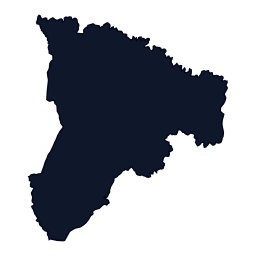 Perdizes, Minas Gerais, Brazil (Robinson projection)
{"feature_id": "56859067B83909655673095", "entity_name": "Perdizes", "entity_type": "district", "adm_level": 2, "iso_a3": "BRA", "parent_name": "Brazil", "parent_adm1": "Minas Gerais", "projection": "robinson", "projection_center": [-47.183, -19.429], "detail": "fine", "context": "isolated", "style": "filled", "palette": "ink", "viewbox_px": 256, "rotation_deg": 0, "n_neighbors": 0, "source": "geoboundaries", "source_scale": "gbopen_adm2", "svg_char_len": 5686}
<svg xmlns="http://www.w3.org/2000/svg" viewBox="0 0 256 256"><path d="M205.6,147.0L206.5,145.9L207.5,145.2L208.8,143.0L210.2,142.7L212.7,145.0L213.6,145.0L214.7,144.3L215.7,142.4L218.3,143.0L219.7,142.8L220.9,142.1L221.5,140.7L222.2,137.8L222.9,136.5L223.3,133.5L223.3,132.0L222.1,126.2L221.9,124.7L221.9,123.0L222.1,120.5L223.7,114.3L221.1,112.3L220.3,110.8L220.3,108.4L220.8,107.0L223.3,103.9L224.7,101.4L225.7,97.9L225.0,96.1L224.2,94.6L224.4,93.3L226.7,89.4L227.2,87.9L225.9,85.5L226.2,84.0L227.0,82.8L226.9,81.2L225.9,81.4L224.9,80.6L223.8,81.0L222.7,81.0L221.8,80.0L222.9,78.5L222.9,77.1L221.4,76.2L219.4,77.0L218.5,76.2L217.5,75.6L215.6,75.6L213.5,76.0L212.6,75.1L212.0,72.8L209.7,73.1L208.8,72.1L208.3,70.8L205.3,71.5L204.3,70.9L203.2,71.0L202.0,71.6L201.0,74.3L198.8,77.2L197.5,77.2L197.1,75.5L196.1,75.3L195.2,76.5L193.9,76.2L192.5,76.3L191.3,76.1L190.5,75.6L191.1,73.3L191.2,71.5L191.1,69.8L189.6,69.0L189.2,71.0L188.6,71.8L186.2,72.9L185.2,72.6L184.5,71.8L185.1,69.1L184.6,68.2L183.5,69.4L182.8,70.3L181.9,71.0L181.4,70.1L181.3,67.3L181.5,65.9L180.4,65.6L179.2,66.2L178.1,65.7L177.5,64.4L176.8,63.6L175.9,64.7L173.1,66.9L172.2,64.2L171.4,63.0L171.0,61.3L171.2,60.1L171.9,59.1L172.2,57.8L170.5,58.3L169.3,57.7L169.0,56.3L168.1,56.3L167.4,57.6L166.0,57.5L165.5,55.9L164.5,54.6L164.3,52.9L165.3,52.1L165.9,51.2L165.5,50.0L164.5,49.2L163.2,49.3L161.3,50.5L161.1,49.2L160.6,48.3L159.4,47.6L155.6,47.3L155.1,46.4L154.3,45.9L153.3,46.4L153.4,48.7L152.8,50.2L151.6,50.9L150.0,50.1L149.0,47.4L148.0,46.7L146.0,47.5L144.8,47.2L144.5,46.2L144.7,45.1L147.5,43.5L148.3,42.6L148.1,41.0L149.3,40.0L149.1,38.8L147.8,38.5L144.3,40.4L144.0,38.7L142.7,38.4L141.1,40.5L141.1,37.2L139.7,37.2L138.7,37.8L137.9,39.4L136.7,40.6L136.2,39.3L136.2,38.1L135.4,38.6L134.4,38.4L134.1,37.3L133.2,36.7L132.9,38.2L132.4,39.5L131.1,40.1L128.8,38.6L127.9,37.5L126.1,36.6L126.7,35.0L125.8,34.2L123.4,34.2L122.5,33.7L122.2,32.4L121.4,31.4L118.8,31.2L117.7,31.4L116.9,29.3L116.2,28.2L114.2,29.2L113.4,28.6L113.2,27.0L111.9,27.5L111.1,28.6L110.1,29.4L109.6,27.7L109.9,25.6L109.5,24.5L108.1,23.2L107.1,23.0L106.0,23.5L103.8,25.0L103.0,26.5L101.7,26.9L100.6,27.8L99.5,27.1L99.0,25.8L95.2,25.4L93.1,23.9L88.0,25.5L87.3,27.0L86.1,27.6L84.0,29.6L83.7,30.9L84.2,32.6L83.2,33.7L82.2,33.9L81.0,33.8L76.8,33.3L76.4,32.1L77.4,30.9L78.3,29.4L78.1,27.8L78.3,26.7L78.8,25.4L78.3,24.0L77.4,23.0L76.8,19.6L76.1,18.7L75.0,18.3L74.1,18.5L73.4,19.2L72.4,19.6L71.5,18.7L71.0,17.2L69.7,17.0L67.3,17.6L66.2,17.2L65.2,17.4L64.3,18.5L64.6,20.4L64.0,21.5L62.8,21.6L62.2,19.8L61.2,19.0L60.0,19.2L57.9,20.3L56.7,20.3L55.3,19.8L52.8,17.9L50.1,19.4L48.2,21.1L47.2,20.8L46.5,18.4L45.3,18.0L42.1,19.4L41.1,18.2L40.1,15.9L39.1,15.4L38.1,16.6L37.3,21.1L36.6,22.3L37.1,23.8L38.3,23.8L40.0,24.9L40.7,27.9L41.5,29.3L41.6,30.5L42.9,31.2L43.5,32.9L44.7,34.0L45.5,35.2L45.9,36.4L47.1,36.9L47.7,38.1L47.5,40.0L48.8,41.7L48.2,43.1L49.3,43.8L48.3,47.6L49.1,50.2L49.3,53.0L53.0,55.2L53.1,59.7L51.2,61.3L49.9,63.6L49.5,68.1L48.9,69.8L47.5,72.4L47.9,76.1L48.6,80.0L47.4,91.0L46.9,99.6L49.4,101.1L50.7,100.9L51.8,100.3L53.3,100.3L54.5,100.9L55.1,103.5L56.1,104.3L56.7,105.1L57.1,106.1L57.4,111.2L59.2,114.5L59.6,116.3L59.5,117.4L59.7,118.8L60.6,121.3L60.8,123.0L63.5,126.8L62.6,128.3L60.2,131.3L57.7,135.8L56.7,138.6L55.0,142.1L53.0,146.8L50.4,152.1L48.7,154.2L48.1,155.4L46.9,158.7L45.3,162.1L44.0,166.5L41.5,173.3L40.6,173.9L38.4,174.0L36.9,174.7L34.0,174.3L31.6,174.8L30.5,175.4L29.8,176.6L28.8,176.7L29.5,178.0L29.4,179.4L29.5,180.5L30.5,180.6L31.2,181.6L31.0,183.0L30.6,184.3L30.6,186.2L31.9,187.1L33.4,187.1L34.3,187.8L31.6,192.9L31.7,194.1L32.9,197.0L32.2,200.8L32.5,202.1L33.6,202.8L34.3,204.0L33.5,205.5L31.8,206.4L32.3,207.7L33.3,209.2L35.1,214.1L36.1,215.3L36.8,216.8L38.1,217.7L37.5,219.1L36.5,220.4L37.4,221.3L38.7,221.6L39.6,222.3L39.5,223.5L40.0,225.0L42.6,227.2L42.8,228.3L43.3,229.2L45.5,230.9L46.7,231.1L47.9,231.8L47.5,233.3L47.7,235.0L48.5,236.1L49.2,239.5L50.3,238.8L57.2,240.3L62.7,240.6L64.5,240.4L69.3,231.8L70.4,230.8L72.1,229.7L75.3,228.0L79.8,227.0L80.8,226.5L82.8,225.2L85.6,223.0L88.1,219.9L90.6,215.5L91.9,214.8L92.9,213.7L92.4,211.7L93.2,210.7L95.2,209.4L99.3,208.2L102.9,204.8L104.4,204.1L105.4,204.3L106.7,204.9L107.7,203.7L109.0,202.8L108.2,200.3L104.8,198.3L103.9,197.5L104.7,197.0L106.6,197.3L107.4,196.5L107.9,195.0L109.4,192.4L109.5,189.9L110.7,186.3L113.2,182.0L113.8,180.4L113.8,178.4L114.7,177.7L116.9,176.7L117.7,175.5L120.6,173.4L122.6,170.7L124.1,170.2L125.1,169.3L128.0,170.2L128.8,169.0L131.0,167.0L132.1,167.1L134.4,170.5L135.6,171.3L136.7,174.1L138.0,174.9L140.0,175.3L141.2,174.9L142.7,175.0L143.6,175.6L145.7,176.2L146.8,177.0L148.7,177.2L150.4,176.5L150.0,173.7L150.8,172.7L151.9,173.9L152.8,173.7L153.1,171.8L154.0,170.7L155.4,170.4L155.7,171.6L156.5,172.3L156.6,170.8L157.5,169.9L160.1,168.7L161.7,168.9L162.8,168.5L163.3,167.7L163.3,166.5L164.3,165.2L164.3,163.7L163.2,162.9L162.2,161.4L162.8,160.3L163.3,157.8L164.0,156.9L165.6,155.8L167.1,156.2L168.7,156.1L169.2,154.6L169.2,153.2L168.9,151.7L170.3,151.5L172.4,150.1L172.3,149.0L171.6,147.9L171.4,146.3L169.1,145.0L168.8,143.6L168.9,142.4L165.8,141.1L164.5,140.2L164.8,138.6L165.7,138.0L166.6,137.7L167.0,136.3L167.6,135.3L168.5,135.1L169.0,134.2L170.2,133.6L171.4,133.9L172.1,134.6L173.0,134.2L174.6,134.5L176.2,134.4L177.1,132.9L177.4,131.5L177.9,130.3L178.7,129.4L180.9,130.0L182.7,132.2L184.1,132.3L184.9,133.3L186.4,134.3L187.8,134.8L188.7,134.3L190.5,132.9L193.5,133.7L194.5,134.5L194.7,135.8L194.3,137.2L195.0,138.2L196.3,139.0L196.2,140.7L195.7,142.3L196.5,143.9L197.6,145.7L199.6,144.7L200.4,143.9L200.9,143.0L201.7,142.3L203.1,142.2L204.2,143.4L203.8,144.9L204.4,147.2L205.6,147.0Z" fill="#0f172a" stroke="#020617" stroke-width="1.5"/></svg>